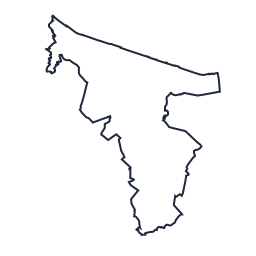 the district of Krimūnu pag., Dobele, Latvia, rotated 5°
{"feature_id": "27541924B60795581291869", "entity_name": "Krimūnu pag.", "entity_type": "district", "adm_level": 2, "iso_a3": "LVA", "parent_name": "Latvia", "parent_adm1": "Dobele", "projection": "albers", "projection_center": [23.378, 56.558], "detail": "fine", "context": "isolated", "style": "outline", "palette": "slate", "viewbox_px": 256, "rotation_deg": 5, "n_neighbors": 0, "source": "geoboundaries", "source_scale": "gbopen_adm2", "svg_char_len": 5453}
<svg xmlns="http://www.w3.org/2000/svg" viewBox="0 0 256 256"><g transform="rotate(5 128 128)"><path d="M147.9,230.9L150.2,232.3L150.8,233.3L152.8,232.9L154.6,232.8L154.3,231.4L154.6,231.0L154.8,230.9L156.4,230.7L158.3,229.8L158.7,229.8L160.7,229.4L161.8,229.2L162.4,228.9L162.7,228.7L163.4,227.6L164.4,226.8L165.3,227.2L165.5,227.2L165.8,226.5L165.9,226.0L165.9,225.3L165.9,225.0L166.1,224.7L167.9,223.7L168.5,223.8L169.0,224.2L169.4,224.3L169.6,224.3L170.0,223.9L170.3,223.7L170.8,223.7L171.2,223.9L172.1,224.6L172.8,224.5L173.4,222.5L173.7,222.0L173.9,221.8L175.2,221.0L176.0,220.9L178.1,221.5L179.2,221.2L179.6,221.0L180.9,219.7L182.7,218.4L182.9,218.0L183.8,215.4L185.9,212.0L186.9,210.9L188.1,209.8L188.9,209.3L189.3,209.3L188.3,208.0L187.6,207.6L180.4,200.8L180.4,199.6L180.9,191.7L181.7,192.5L185.5,189.4L187.4,190.8L188.4,187.9L189.7,176.4L189.8,175.7L190.1,170.4L190.3,170.3L192.3,169.4L192.5,168.9L191.9,167.8L189.5,166.1L189.4,165.9L190.6,163.5L190.6,163.4L190.5,163.1L189.7,161.8L191.1,158.9L195.3,152.0L196.9,150.4L197.2,150.0L196.2,147.6L195.7,145.0L197.7,143.8L199.0,143.6L199.8,143.2L202.3,141.0L202.8,139.8L201.4,138.3L197.6,135.7L188.4,128.4L185.4,126.1L174.6,124.4L174.4,124.5L168.9,123.5L166.7,120.9L163.6,117.9L162.5,117.4L162.7,117.2L162.5,116.5L162.5,116.2L162.9,115.8L163.8,115.6L163.9,115.4L163.8,115.2L163.5,115.0L163.0,115.0L162.7,115.3L162.4,115.3L162.4,114.9L162.6,114.7L162.6,113.4L162.7,113.2L162.9,113.2L163.1,113.2L163.5,113.5L163.7,113.8L163.9,113.8L164.1,113.7L164.3,113.2L163.8,112.7L163.7,112.5L163.8,112.3L164.4,112.2L165.1,112.4L165.4,112.4L166.6,111.2L166.8,110.7L166.6,110.1L166.5,108.9L166.4,108.4L166.1,107.9L165.2,107.3L164.8,107.2L164.3,107.2L163.5,107.6L163.4,107.7L163.2,107.5L163.3,106.9L163.3,106.4L163.1,104.3L163.1,103.5L164.4,101.2L164.4,100.2L164.4,99.9L164.5,99.4L164.4,98.3L163.7,94.4L163.7,94.2L166.5,90.8L167.1,90.0L167.6,89.2L168.4,89.7L168.8,90.2L170.8,91.0L172.4,91.2L173.3,91.1L176.9,89.8L177.3,90.2L179.9,88.6L180.0,88.8L180.9,88.2L194.7,89.6L202.6,87.6L209.3,85.7L216.3,83.8L214.5,73.2L214.1,71.3L213.7,69.6L212.7,66.3L212.5,65.4L210.4,65.9L208.1,66.9L207.0,66.8L206.9,66.5L204.3,67.4L204.1,66.9L199.8,68.3L198.8,68.5L197.8,68.6L194.8,68.4L188.6,67.0L175.8,63.9L173.8,63.3L173.8,62.9L173.5,62.5L169.5,61.7L169.4,62.0L167.9,61.7L167.9,61.8L162.7,60.6L161.0,60.3L161.0,59.6L159.9,59.5L159.8,60.0L152.7,58.4L149.3,57.5L149.4,57.4L149.1,57.4L147.1,56.8L146.8,56.9L142.9,55.9L143.0,55.6L141.0,55.0L141.0,55.3L140.1,55.1L118.5,50.0L118.3,49.8L118.1,49.8L113.7,48.8L113.8,48.2L103.9,45.8L101.7,45.8L93.2,43.8L91.4,43.5L79.8,40.5L75.7,39.5L75.7,39.4L74.8,39.2L74.8,39.4L69.8,38.3L67.9,37.6L58.1,31.5L57.9,32.1L56.1,31.1L54.7,30.2L51.5,28.3L48.4,26.4L47.3,25.6L44.8,24.0L44.9,23.8L43.4,22.7L42.7,23.4L43.5,25.6L43.0,27.5L43.0,28.0L43.6,28.0L40.6,31.3L40.2,32.0L40.5,33.0L40.4,33.3L40.5,33.9L44.3,37.1L44.5,37.5L43.9,37.9L44.3,38.3L44.1,38.5L44.3,38.8L44.4,38.7L44.6,39.0L44.6,38.9L44.8,39.2L46.3,41.1L47.4,42.2L46.8,42.7L46.6,42.4L46.1,42.8L45.8,42.3L45.2,42.8L45.9,43.7L46.3,43.4L46.7,43.9L45.6,44.8L47.9,48.1L48.4,49.0L46.6,49.9L42.3,54.7L43.1,55.5L42.2,56.7L41.0,56.3L40.0,56.6L39.7,56.6L39.8,56.8L40.5,57.0L42.2,58.0L43.8,59.0L44.4,59.3L44.6,59.7L44.9,60.4L45.0,60.9L44.9,61.1L44.7,61.3L44.0,62.0L44.0,62.3L44.8,62.9L44.9,63.1L45.0,63.6L45.4,64.4L45.2,64.8L44.9,65.0L43.6,65.2L43.4,65.3L43.2,65.5L43.1,66.4L43.2,66.8L43.4,67.0L44.0,67.0L44.3,67.1L44.5,67.2L44.6,67.4L44.6,67.6L44.5,67.9L44.2,68.7L43.2,69.8L43.2,70.2L43.2,70.3L43.5,70.6L44.3,70.7L44.5,70.9L44.7,71.2L44.6,71.6L44.5,71.9L42.8,73.9L42.6,74.4L42.2,75.1L41.8,77.5L41.8,78.0L42.2,78.8L42.4,78.9L44.1,78.5L46.3,78.7L46.6,78.8L46.7,79.0L46.8,79.2L46.6,79.8L46.7,80.0L46.9,80.2L47.2,80.3L47.9,80.0L48.2,79.6L49.0,79.1L49.7,78.7L50.2,78.2L50.3,77.8L50.2,77.6L50.2,77.4L50.3,77.0L50.3,76.5L50.2,76.2L49.3,75.6L49.1,75.4L50.0,73.7L50.5,73.1L50.7,72.9L50.7,72.6L50.6,71.5L50.7,71.2L51.3,70.8L51.6,70.8L52.2,71.1L52.5,71.2L52.9,70.7L53.2,70.3L53.2,70.1L52.9,69.6L52.7,69.5L51.6,69.2L51.5,68.9L51.5,68.6L52.6,68.0L53.4,67.8L54.8,67.9L55.2,67.8L55.6,67.3L55.6,67.1L55.2,66.5L54.1,63.5L53.4,62.3L53.6,61.4L53.7,61.1L55.6,60.9L56.4,62.7L56.9,63.6L57.2,64.1L58.0,64.7L59.5,65.5L60.5,65.7L61.6,65.8L63.1,65.5L63.9,65.5L68.3,68.2L71.6,69.7L72.7,70.8L74.0,72.2L74.0,72.5L73.9,74.5L74.2,76.8L74.5,78.0L75.2,79.2L75.8,79.9L78.6,82.3L81.3,85.1L82.2,85.7L83.5,86.2L82.7,90.6L81.4,99.4L80.6,103.3L80.5,103.9L79.9,106.9L79.0,110.0L79.1,112.8L78.4,113.9L80.9,116.9L85.4,120.9L87.8,121.5L88.1,121.7L91.3,124.4L92.5,125.6L109.2,117.8L109.6,119.3L109.3,119.5L108.9,120.0L109.1,122.3L109.0,122.8L108.6,123.4L104.5,126.1L104.8,129.0L104.8,129.8L104.8,130.1L102.8,133.9L102.1,135.3L101.9,136.8L103.8,138.0L109.3,141.7L115.8,136.1L117.0,135.3L120.7,138.2L121.3,138.6L119.9,140.5L120.1,141.6L120.5,142.6L123.3,151.5L125.6,154.8L127.0,157.5L125.2,159.0L124.6,159.8L134.0,167.1L134.1,167.7L134.1,168.0L133.9,168.5L133.7,168.6L133.4,168.6L133.0,168.2L132.9,168.3L132.8,168.5L133.2,169.1L133.5,170.1L134.1,170.4L134.6,177.7L135.9,177.9L137.3,178.3L138.3,179.0L137.8,179.6L137.6,179.8L133.6,181.7L135.3,184.3L136.2,185.0L143.6,189.3L137.3,198.6L138.1,203.2L142.1,209.0L141.5,209.9L142.0,210.7L142.0,213.0L141.9,213.7L141.8,215.4L142.9,215.5L143.6,215.7L144.0,216.1L146.2,218.3L146.8,219.1L147.2,220.0L148.3,225.4L148.4,225.7L148.6,226.1L148.0,225.7L145.3,228.4L146.0,229.0L147.3,228.9L147.4,229.7L147.9,230.9Z" fill="none" stroke="#1e293b" stroke-width="2"/></g></svg>